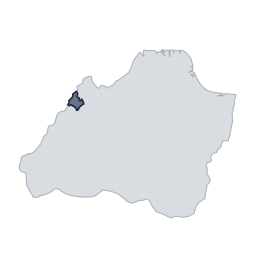 Toungo, Adamawa, Nigeria (highlighted), rotated 187°
{"feature_id": "59680162B46313771844948", "entity_name": "Toungo", "entity_type": "district", "adm_level": 2, "iso_a3": "NGA", "parent_name": "Nigeria", "parent_adm1": "Adamawa", "projection": "albers", "projection_center": [11.775, 7.93], "detail": "fine", "context": "in_parent", "style": "filled", "palette": "slate", "viewbox_px": 256, "rotation_deg": 187, "n_neighbors": 0, "source": "geoboundaries", "source_scale": "gbopen_adm2", "svg_char_len": 6071}
<svg xmlns="http://www.w3.org/2000/svg" viewBox="0 0 256 256"><g transform="rotate(187 128 128)"><path d="M213.6,47.9L221.5,58.7L223.1,66.8L223.8,70.8L225.1,71.3L227.5,71.5L229.3,72.3L230.4,73.6L231.1,74.8L231.2,75.5L230.7,80.4L230.1,82.2L230.5,84.6L230.4,85.6L230.1,86.3L229.0,87.1L227.5,87.9L224.0,90.3L223.0,90.6L221.5,90.7L220.2,91.3L218.7,92.5L215.4,97.2L212.6,101.9L210.6,109.5L208.1,111.8L207.6,113.9L207.3,118.7L206.9,120.1L206.5,120.5L203.8,121.4L202.2,122.5L201.3,124.6L200.1,131.9L199.7,133.1L198.9,134.4L197.5,135.8L196.3,136.5L193.2,137.0L190.3,142.5L190.2,143.5L188.9,148.5L186.7,152.2L186.5,154.6L183.7,157.9L182.2,160.2L183.7,162.5L183.8,162.9L179.0,166.9L178.7,167.5L178.5,170.2L178.1,171.0L177.2,172.0L175.9,173.1L174.5,173.9L173.0,174.5L171.5,174.7L170.7,174.4L170.3,173.6L169.4,170.2L169.0,169.5L168.1,168.8L164.3,165.1L162.1,163.8L161.6,163.9L161.2,164.2L160.5,166.1L159.9,166.8L158.7,167.0L156.6,167.0L155.1,166.8L154.8,166.4L154.0,164.9L149.3,168.3L147.7,169.0L145.6,173.0L142.6,175.0L140.6,176.7L135.1,182.1L134.0,183.7L132.9,186.0L130.5,196.2L126.7,202.6L126.2,203.9L125.5,204.4L124.0,204.0L123.4,202.9L122.5,202.7L120.9,200.9L120.6,201.2L122.2,205.6L121.6,207.3L117.0,207.3L113.0,207.9L110.3,207.8L108.9,207.1L108.3,205.5L108.1,205.7L107.9,206.5L107.0,207.2L104.0,207.3L102.6,206.2L101.6,204.9L100.4,204.3L100.6,204.9L101.9,206.1L101.7,207.9L99.2,209.9L97.6,210.0L96.7,209.1L96.2,207.7L96.0,205.5L95.3,204.1L95.0,204.1L95.4,206.4L95.4,208.6L96.5,210.3L94.7,210.8L92.6,210.8L92.3,210.2L92.0,208.8L91.7,208.4L91.2,210.8L86.7,211.4L86.1,211.3L86.0,210.8L86.3,210.2L86.3,209.1L85.3,209.9L85.1,211.5L84.5,211.8L82.8,211.5L81.0,210.7L78.0,208.6L74.4,205.2L73.8,203.7L72.8,201.8L71.0,196.7L71.3,196.5L72.2,196.8L72.6,196.3L71.1,196.0L70.8,195.6L70.7,194.5L70.8,193.1L73.1,192.4L73.6,191.6L74.0,190.8L71.1,192.0L68.4,190.5L67.9,189.6L68.2,189.0L71.3,189.0L72.4,188.3L71.7,188.1L70.5,188.1L70.1,187.7L70.1,186.6L69.8,186.9L69.2,187.8L67.4,188.4L66.4,187.7L66.3,186.2L66.1,185.5L65.2,185.0L62.1,180.9L58.2,177.5L54.8,175.2L49.5,174.0L38.4,173.8L37.8,173.5L38.4,173.0L39.4,172.6L43.0,170.8L42.4,170.6L38.7,171.7L37.4,171.8L35.7,174.0L24.8,174.2L24.9,173.2L25.4,170.3L26.1,168.3L25.4,165.8L25.3,163.6L25.8,162.9L25.9,162.0L26.0,156.3L26.6,155.5L26.6,154.9L25.5,152.4L25.6,150.6L25.4,148.8L25.0,147.9L25.6,141.0L25.5,139.2L25.9,138.0L26.1,135.0L26.2,132.1L27.0,127.4L31.7,126.9L32.8,125.1L33.5,122.8L33.4,120.5L34.9,118.6L36.8,116.8L36.8,114.9L37.3,114.3L38.2,113.9L39.4,113.7L40.8,112.7L41.6,111.0L42.4,108.3L41.3,106.4L41.3,106.0L41.8,105.0L42.5,104.0L43.1,103.7L44.4,104.0L44.9,103.6L45.8,100.6L45.7,99.8L44.5,97.8L43.9,92.3L43.6,91.6L42.6,90.6L40.1,86.7L40.2,84.9L41.3,82.6L42.1,81.5L43.1,80.9L43.3,80.4L43.0,79.7L42.5,79.2L42.4,78.2L42.9,76.8L42.8,75.2L43.2,67.0L45.4,65.5L48.5,62.8L50.1,60.1L50.9,58.0L52.1,51.0L53.7,50.3L56.8,47.8L61.0,46.4L63.7,46.0L68.5,46.4L70.9,46.1L72.9,44.8L73.9,44.4L75.2,44.2L86.9,48.0L88.0,47.9L88.9,48.1L90.4,49.1L93.8,52.5L97.4,57.8L98.5,58.9L99.6,59.6L100.8,59.8L101.7,59.7L102.5,59.2L103.7,58.3L105.4,57.8L106.9,57.9L114.3,54.0L115.0,53.9L119.5,54.8L125.6,58.9L130.6,61.6L134.2,62.5L138.3,63.2L145.4,63.4L150.8,57.8L152.8,56.5L155.2,55.4L160.1,54.4L168.4,53.7L176.1,54.0L180.9,55.0L186.0,56.9L188.2,58.6L191.6,58.9L194.1,58.6L194.9,56.8L197.4,54.5L201.1,52.4L204.1,50.9L206.6,50.2L208.8,48.5L210.5,47.9L213.6,47.9ZM104.2,209.6L102.5,210.1L101.4,210.0L103.0,207.7L103.7,208.2L104.7,208.4L104.2,209.6Z" fill="#d9dde1" stroke="#a8b0b8" stroke-width="1"/><path d="M183.7,158.1L183.8,158.0L184.0,157.7L184.3,157.5L184.4,157.4L184.6,157.3L184.9,157.0L186.2,155.7L186.7,155.1L186.9,154.9L187.0,154.8L187.0,154.7L186.9,153.9L186.7,153.7L186.7,153.4L186.7,152.9L186.8,152.6L186.8,152.4L187.0,152.0L187.2,151.7L187.3,151.5L187.3,151.4L187.6,151.0L187.7,150.9L187.9,150.5L188.1,150.3L188.3,150.0L188.5,149.8L188.7,149.6L188.9,149.3L189.0,149.0L189.1,148.9L189.2,148.7L189.3,148.7L189.5,148.6L189.5,148.4L189.5,148.2L189.8,148.1L189.8,147.9L189.9,147.7L189.9,147.8L189.9,147.7L190.0,147.6L189.9,147.4L189.7,146.7L189.7,146.2L189.7,145.6L189.9,145.1L190.5,144.3L190.6,144.0L190.7,143.7L190.4,143.6L190.2,143.7L189.7,143.6L189.4,143.4L189.3,143.2L189.2,143.1L188.9,143.1L188.8,142.9L188.6,143.0L188.3,143.3L188.2,143.4L188.1,143.5L187.9,143.6L187.7,143.7L187.7,144.1L187.3,144.2L187.2,144.1L186.9,144.1L186.9,143.9L186.5,143.8L186.4,143.7L186.2,143.6L185.7,143.5L185.7,143.2L185.3,143.0L185.0,143.1L184.8,143.0L184.5,142.9L184.3,142.8L184.0,142.7L183.8,142.7L183.7,142.6L183.4,142.2L183.1,141.7L182.6,141.4L182.1,141.2L181.7,141.0L181.0,140.6L181.3,140.2L181.4,139.7L181.3,139.3L181.2,139.3L180.9,139.3L180.7,139.4L180.5,139.6L180.4,139.6L180.1,139.7L180.1,139.9L180.1,140.0L179.9,140.3L179.6,140.3L179.8,140.7L179.7,140.9L179.6,141.0L179.3,141.3L179.2,141.5L179.0,141.9L179.0,142.0L178.9,142.1L178.8,142.3L178.7,142.4L178.7,142.5L178.5,142.9L178.4,143.1L178.2,143.3L178.1,143.5L177.8,143.9L177.7,144.0L177.3,144.3L177.2,144.5L176.9,144.7L176.8,144.8L176.7,144.9L176.5,145.1L176.4,145.1L176.3,145.3L176.2,145.4L176.0,145.6L175.9,145.7L175.7,145.8L175.5,146.0L175.4,146.1L175.2,146.3L175.1,146.5L174.9,146.7L174.9,146.8L175.0,146.8L175.1,147.0L174.9,146.9L174.9,147.0L175.0,147.2L175.0,147.4L175.1,147.5L175.3,147.9L175.4,148.1L175.5,148.3L175.7,148.5L175.8,148.8L176.0,149.1L176.2,149.4L176.3,149.6L176.4,149.8L176.5,149.8L176.6,150.0L176.8,150.2L176.8,150.3L177.0,150.4L177.1,150.7L177.3,150.8L177.5,151.0L177.6,150.9L177.8,150.7L178.0,150.1L178.1,149.9L178.2,149.7L178.2,149.4L178.3,149.3L178.4,149.2L178.5,149.1L178.8,149.1L179.0,149.1L179.3,149.2L179.5,149.4L179.6,149.7L179.9,149.8L180.1,149.8L180.1,150.1L180.1,150.6L180.2,151.1L179.9,151.4L179.9,151.6L179.9,151.8L180.1,151.9L180.7,152.1L181.5,152.4L182.0,152.3L182.2,152.8L182.2,153.0L182.3,153.3L182.3,153.5L182.2,154.0L182.2,154.4L182.2,154.5L182.2,154.8L182.2,155.0L182.1,155.4L182.1,155.5L182.2,155.8L182.2,156.0L182.3,156.4L182.4,156.5L182.5,156.7L182.6,156.8L182.7,157.0L182.8,157.1L183.1,157.3L183.7,158.1Z" fill="#64748b" stroke="#1e293b" stroke-width="1.5"/></g></svg>